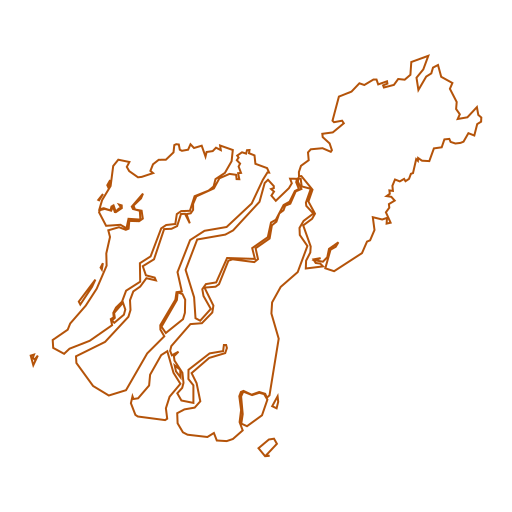 the district of Labutta, Ayeyarwady, Myanmar
{"feature_id": "60261553B3473904040713", "entity_name": "Labutta", "entity_type": "district", "adm_level": 2, "iso_a3": "MMR", "parent_name": "Myanmar", "parent_adm1": "Ayeyarwady", "projection": "albers", "projection_center": [95.041, 16.149], "detail": "fine", "context": "isolated", "style": "outline", "palette": "amber", "viewbox_px": 512, "rotation_deg": 0, "n_neighbors": 0, "source": "geoboundaries", "source_scale": "gbopen_adm2", "svg_char_len": 6086}
<svg xmlns="http://www.w3.org/2000/svg" viewBox="0 0 512 512"><path d="M370.1,240.3L374.5,230.0L372.8,217.2L382.2,219.5L387.0,217.9L386.6,223.6L390.6,222.7L385.9,212.3L389.3,207.7L388.9,204.1L394.7,200.6L391.3,196.8L386.6,196.1L389.8,193.8L389.4,190.4L392.9,190.9L392.4,185.8L395.0,179.5L399.8,181.4L404.1,178.9L405.5,181.2L409.0,178.9L410.9,173.8L413.0,173.1L416.2,159.1L417.9,160.8L418.1,158.0L422.0,160.7L429.3,161.1L433.9,148.4L441.7,147.3L444.4,139.4L449.3,138.9L450.6,141.9L455.4,143.5L460.5,142.9L463.5,141.7L468.4,133.2L474.3,135.5L477.2,124.1L481.1,121.7L481.3,117.5L478.3,114.9L476.9,107.1L467.4,117.3L457.7,119.0L459.8,114.3L456.1,109.0L456.7,102.0L449.9,88.8L452.4,83.0L441.2,76.8L438.0,65.0L433.0,67.6L431.3,73.4L426.2,76.6L418.4,90.0L416.5,77.7L423.3,69.4L428.3,55.8L411.3,62.0L410.4,74.8L404.7,79.7L398.2,79.0L393.9,84.9L383.9,87.5L383.1,85.4L387.4,83.6L387.0,81.3L378.2,84.4L376.5,79.5L373.5,79.5L364.3,85.0L359.4,83.3L351.5,91.6L338.9,96.6L332.5,120.7L334.0,122.2L342.1,120.7L343.8,123.3L332.8,132.4L322.3,133.8L322.7,137.1L329.6,143.4L331.9,150.2L330.8,151.8L322.5,148.2L310.8,149.3L308.0,152.4L308.7,160.2L301.0,165.8L298.9,172.0L299.0,176.3L301.4,176.1L312.5,189.7L308.4,201.5L315.0,213.7L312.1,218.8L303.2,225.4L310.7,246.5L310.3,252.5L306.1,260.7L305.8,268.5L323.0,266.4L320.3,263.6L315.7,263.0L313.4,259.4L320.6,258.1L315.0,260.3L322.9,261.7L327.3,257.2L329.0,248.9L338.4,242.3L335.7,246.8L330.5,249.7L325.3,268.3L334.1,271.2L362.0,253.1L367.0,241.6L370.1,240.3ZM297.7,272.1L307.4,246.0L299.8,235.0L299.5,227.9L303.6,220.9L313.4,213.5L306.3,205.9L305.9,202.7L310.8,188.8L301.7,186.4L300.7,178.9L298.4,178.3L297.9,181.7L301.4,189.0L295.7,191.4L290.3,203.7L285.2,205.7L283.5,210.3L279.3,213.4L276.4,221.7L271.9,225.3L269.6,238.5L255.6,248.3L258.0,259.1L254.3,262.1L232.6,259.3L228.4,260.7L219.0,284.2L215.6,286.7L204.5,287.6L213.4,305.6L212.3,312.5L201.9,323.2L190.4,324.1L171.3,346.1L170.1,350.9L171.9,355.3L178.5,351.7L173.9,356.3L174.5,360.6L182.4,372.8L183.5,382.9L182.2,387.9L177.3,393.3L181.4,400.5L193.4,402.9L193.4,385.3L188.4,379.0L188.5,369.8L209.6,353.4L223.1,351.1L223.9,345.0L226.1,345.0L226.9,348.0L225.2,353.1L209.2,357.9L191.6,373.1L196.6,383.2L200.3,401.3L194.7,407.6L184.4,409.4L177.2,413.2L177.6,423.3L182.9,432.3L187.5,434.7L207.4,437.0L213.9,433.0L216.8,440.5L226.7,441.1L232.9,439.0L242.7,430.4L239.6,422.1L241.1,410.1L239.3,396.2L240.9,392.0L243.5,390.9L251.6,394.7L259.2,392.0L265.2,393.8L266.9,397.7L269.5,395.3L278.7,338.7L271.4,313.5L272.1,302.4L280.7,286.9L297.7,272.1ZM224.9,172.9L231.6,161.2L232.8,150.0L220.1,145.5L220.8,150.1L216.0,147.7L212.7,151.1L206.6,152.0L205.5,156.6L201.7,145.7L194.0,148.0L190.5,144.3L188.1,149.7L181.9,150.8L179.8,149.7L178.8,144.5L176.2,144.2L174.3,145.1L173.5,152.4L165.9,159.7L158.7,159.8L153.0,164.3L150.4,170.9L153.1,173.1L141.7,176.9L138.0,177.3L129.2,171.1L126.8,166.9L129.4,162.0L118.3,159.7L113.2,166.0L110.6,186.0L102.1,200.1L99.4,209.3L103.7,208.2L110.4,210.4L111.5,206.5L113.6,205.5L115.7,211.6L118.7,208.7L121.2,207.8L119.1,204.6L121.7,205.4L121.8,208.1L115.9,212.1L114.8,212.0L113.0,206.5L111.2,210.7L104.7,208.9L99.7,210.2L99.1,212.4L106.1,225.8L120.5,224.8L126.5,228.3L128.5,218.8L140.4,219.6L139.8,210.8L133.0,209.0L131.8,206.6L143.0,193.6L141.0,198.4L133.5,205.6L135.0,209.5L141.6,210.7L142.8,218.6L139.1,221.2L129.3,220.9L128.6,228.7L125.8,229.8L119.0,227.2L108.3,230.3L110.0,237.0L106.3,253.4L106.6,265.7L96.7,288.7L85.7,305.7L70.2,323.5L67.7,329.7L52.7,340.0L53.2,347.9L64.1,353.8L69.5,348.7L89.7,340.8L112.1,325.2L110.8,319.1L113.7,317.3L113.3,312.9L116.0,307.6L122.0,301.7L126.1,290.7L140.2,281.7L139.9,263.2L150.6,256.4L161.2,228.4L166.2,225.0L175.3,224.0L176.8,214.1L181.2,211.1L189.9,210.8L194.6,196.2L208.6,190.6L213.6,186.5L215.5,179.1L224.9,172.9ZM269.1,172.6L267.1,168.1L255.4,163.8L254.5,155.4L249.0,153.2L249.5,150.0L247.0,150.2L246.1,153.6L242.0,152.3L237.2,155.6L238.6,157.6L236.8,160.2L240.1,163.6L238.6,166.5L241.0,172.9L238.1,173.2L239.3,179.2L236.6,179.1L236.1,174.8L229.5,173.9L219.4,178.3L213.9,188.4L196.3,196.4L193.1,203.9L193.1,209.9L190.7,213.3L186.5,214.1L189.8,223.3L185.0,213.8L181.0,214.0L177.1,226.1L171.5,228.8L164.1,229.1L154.0,259.3L142.8,266.2L145.9,275.3L154.7,277.6L155.9,280.4L146.4,278.2L140.2,286.6L133.3,291.4L130.0,300.2L130.5,310.0L128.4,316.8L105.1,341.9L76.0,356.3L76.4,363.0L93.1,386.0L108.8,395.5L126.0,390.2L147.2,353.4L164.3,336.3L160.4,329.6L160.3,325.2L175.4,299.7L176.5,292.2L181.8,291.4L177.5,272.1L190.1,240.1L204.5,230.8L226.6,227.0L251.7,203.5L262.8,179.9L267.4,172.5L269.1,172.6ZM297.0,178.8L290.1,178.7L291.8,183.3L288.9,188.2L275.8,200.8L271.4,195.6L274.0,191.6L271.1,189.0L273.8,188.1L273.8,186.1L268.0,179.8L264.7,183.0L259.5,201.8L233.1,230.4L225.3,234.6L197.2,239.5L185.6,269.9L194.1,297.3L195.5,318.2L200.2,320.7L210.8,308.9L203.5,296.0L202.3,289.2L205.9,284.1L216.2,282.4L227.1,258.0L254.9,258.9L252.2,248.1L267.8,237.2L271.0,222.5L275.8,219.8L283.6,205.0L289.6,201.7L294.9,191.0L298.9,189.0L296.2,182.2L297.0,178.8ZM169.6,396.7L180.4,383.8L173.5,372.8L167.3,351.2L161.2,355.1L150.1,374.7L149.1,385.5L138.1,398.3L133.5,399.0L132.5,396.3L130.9,403.2L135.4,414.9L137.8,416.5L165.1,420.1L167.2,418.7L165.9,408.3L169.6,396.7ZM252.1,395.1L243.3,391.6L241.1,396.4L242.7,414.1L241.3,423.6L247.0,426.2L262.0,415.3L267.4,399.6L264.1,394.1L259.3,392.8L252.1,395.1ZM165.8,333.0L183.0,319.2L184.9,312.8L185.2,299.7L182.5,294.1L177.7,292.3L176.9,300.0L161.5,326.7L165.8,333.0ZM265.9,455.5L276.9,443.8L274.0,438.7L268.9,439.5L258.5,448.2L265.1,456.2L269.6,455.8L265.9,455.5ZM114.3,322.8L123.9,314.7L125.3,309.5L123.0,302.7L114.1,313.0L114.8,317.9L111.9,320.5L114.3,322.8ZM80.3,304.5L92.0,286.9L95.4,279.6L78.8,301.6L80.3,304.5ZM276.6,408.3L278.2,401.8L277.6,396.3L272.2,406.2L276.6,408.3ZM180.5,377.3L180.2,369.7L174.7,365.4L176.0,371.4L180.5,377.3ZM34.0,354.6L30.7,355.6L33.3,365.2L37.8,355.6L34.6,359.6L32.8,357.7L34.0,354.6ZM108.3,187.4L109.8,184.3L110.2,180.1L107.3,185.2L108.3,187.4ZM102.9,263.2L100.6,267.6L101.8,269.5L102.9,263.2ZM99.1,200.3L103.0,194.0L98.3,199.9L99.1,200.3Z" fill="none" stroke="#b45309" stroke-width="2"/></svg>